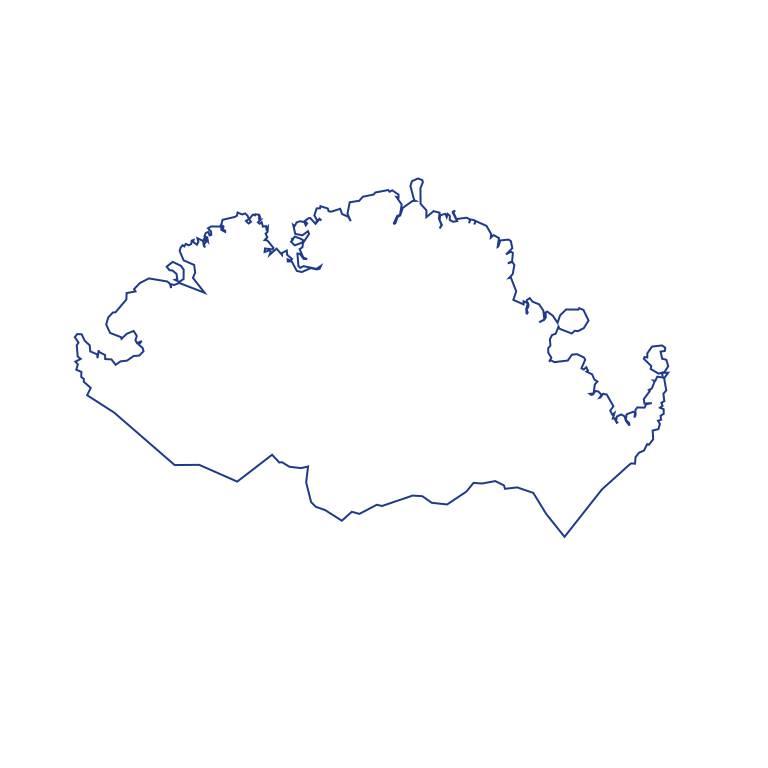 the district of Kitti, Pohnpei, Federated States of Micronesia, rotated 148°
{"feature_id": "79324940B78649033113369", "entity_name": "Kitti", "entity_type": "district", "adm_level": 2, "iso_a3": "FSM", "parent_name": "Federated States of Micronesia", "parent_adm1": "Pohnpei", "projection": "mercator", "projection_center": [158.19, 6.848], "detail": "fine", "context": "isolated", "style": "outline", "palette": "blue", "viewbox_px": 768, "rotation_deg": 148, "n_neighbors": 0, "source": "geoboundaries", "source_scale": "gbopen_adm2", "svg_char_len": 6168}
<svg xmlns="http://www.w3.org/2000/svg" viewBox="0 0 768 768"><g transform="rotate(148 384 384)"><path d="M148.0,229.0L143.4,240.4L137.0,243.0L140.6,245.1L133.6,248.4L131.7,255.0L134.7,258.0L132.3,264.9L128.3,263.2L126.3,265.8L127.7,269.3L136.8,273.7L144.4,270.5L146.7,267.0L148.7,268.8L150.3,267.7L147.8,257.7L149.9,255.5L145.6,247.2L141.2,246.1L140.9,245.5L142.8,245.3L144.0,241.6L148.4,245.4L152.1,243.0L153.6,244.1L153.2,242.7L159.2,238.3L162.6,238.6L162.2,237.2L171.7,233.5L173.5,229.4L167.0,225.9L172.4,227.9L175.6,225.9L181.6,229.9L184.7,228.7L186.8,224.7L189.4,222.8L186.4,226.4L187.4,228.4L194.3,229.7L198.0,225.4L196.8,221.2L197.8,218.6L198.4,224.5L197.1,229.1L199.0,232.5L203.8,233.0L205.4,231.1L206.8,230.4L206.5,227.7L207.1,227.7L207.0,230.9L205.3,232.0L208.3,233.4L204.0,237.2L206.6,236.9L206.3,241.5L201.2,243.6L200.7,257.0L203.3,259.6L207.5,257.9L208.4,258.1L205.3,259.5L206.2,264.1L208.5,266.0L212.3,264.4L213.5,264.7L214.2,265.2L214.7,266.6L211.2,264.9L205.5,271.9L201.7,273.0L203.2,276.3L202.4,281.9L205.7,287.2L203.9,287.3L203.6,291.0L207.0,290.4L208.2,292.7L200.5,298.0L200.4,300.6L204.5,307.0L209.1,309.3L215.7,306.5L227.8,312.2L230.3,316.1L232.2,315.3L228.1,317.7L228.1,323.5L225.8,327.3L222.5,328.4L219.6,334.0L215.5,336.5L211.8,335.6L205.6,340.2L205.9,337.9L198.1,327.4L193.8,328.0L191.5,326.0L185.0,325.5L176.9,329.4L175.6,341.1L178.3,344.9L179.7,344.1L190.1,350.7L198.3,348.9L204.4,343.9L204.6,352.3L207.1,358.8L209.1,359.1L211.4,354.8L214.2,353.5L219.7,354.1L213.8,353.8L210.0,361.8L210.2,369.3L214.4,375.1L214.9,379.6L218.5,379.4L219.1,378.7L219.0,376.2L219.7,374.1L221.5,372.5L223.6,371.8L224.2,368.5L225.4,367.9L225.7,368.3L223.7,372.1L219.3,376.2L221.8,380.2L223.5,377.6L229.7,386.8L222.8,392.5L220.0,406.9L221.8,407.6L216.6,409.0L210.4,415.8L210.5,419.5L215.1,420.7L210.3,420.2L205.2,426.9L206.4,429.1L211.8,429.2L203.2,431.2L200.7,438.0L201.9,440.5L209.3,444.1L214.0,440.2L214.5,440.0L215.0,440.0L209.2,446.8L212.1,452.2L215.9,451.5L213.6,454.5L213.3,463.8L219.9,473.6L221.8,472.1L222.9,471.5L219.9,473.7L221.4,476.0L223.6,477.6L226.7,475.3L223.7,477.9L225.9,481.3L235.2,485.5L234.2,493.0L231.7,493.4L234.5,493.6L234.9,492.8L235.6,483.4L239.4,484.9L241.3,488.2L239.1,491.7L239.8,494.4L242.4,492.3L241.6,495.7L247.0,497.4L250.0,493.5L250.6,488.2L254.4,486.4L251.0,488.4L249.8,495.1L246.1,499.8L250.3,504.3L259.6,503.1L256.0,508.8L257.5,517.4L249.3,530.8L244.1,534.5L243.5,536.7L246.3,540.3L252.8,541.2L256.6,538.0L261.0,524.0L260.1,522.5L263.0,524.1L274.8,523.4L281.0,518.3L283.9,518.5L288.9,514.5L289.9,515.1L290.3,513.6L290.5,515.0L283.9,519.5L280.8,519.0L273.9,526.8L274.3,535.9L272.9,534.4L271.3,536.9L274.4,543.9L277.3,544.0L277.7,546.3L289.9,551.0L292.5,550.2L302.7,554.0L307.9,552.5L316.8,556.3L324.8,547.7L325.9,539.7L325.6,544.6L329.5,550.3L328.3,555.8L337.5,558.1L339.4,559.9L338.7,562.6L343.7,568.5L345.2,566.9L348.0,568.6L353.7,563.9L354.0,558.5L355.8,556.9L351.2,558.4L350.4,556.0L351.8,557.9L357.2,556.1L358.6,563.8L360.1,564.6L364.8,564.2L364.1,560.9L366.3,560.0L365.8,563.6L368.9,566.5L372.5,567.3L376.1,565.3L376.7,567.0L379.7,558.3L374.4,553.3L367.5,553.9L368.0,551.0L378.0,546.5L380.8,543.1L384.1,543.1L385.4,534.1L383.0,530.6L385.9,532.8L386.3,538.9L388.3,540.5L394.1,529.3L393.5,526.9L389.8,526.6L380.2,517.4L374.9,517.6L377.5,515.9L380.2,516.7L384.7,521.1L394.4,522.5L398.0,526.1L397.3,536.9L400.7,538.9L399.7,540.8L397.8,538.4L395.7,538.8L397.7,544.8L395.7,548.7L401.1,549.2L402.1,547.6L403.4,555.7L412.5,554.2L410.0,556.2L410.4,558.1L415.3,559.2L413.1,562.0L407.2,557.2L405.6,558.0L406.8,567.4L408.9,569.3L405.3,570.2L404.7,574.3L402.1,574.7L399.3,578.6L401.5,577.7L400.4,580.5L403.3,581.6L402.0,586.0L404.5,585.8L405.2,587.9L401.7,588.6L402.9,589.1L401.3,592.0L401.0,589.7L400.2,593.6L403.0,596.0L404.7,594.9L403.8,596.1L405.6,597.1L411.0,595.2L410.9,592.0L413.8,591.9L414.7,595.4L411.2,595.4L410.5,599.1L411.4,602.3L414.4,602.9L417.3,607.0L419.6,604.6L422.2,604.8L433.9,608.8L437.8,605.1L436.6,602.7L439.1,600.0L437.4,598.3L438.1,597.2L440.2,600.8L438.0,605.2L439.6,604.4L447.1,609.2L450.7,609.3L449.8,605.1L451.5,602.0L453.2,602.4L452.3,606.2L455.3,606.4L458.1,604.2L456.2,602.1L457.8,598.2L458.4,602.7L460.0,602.3L459.8,598.7L462.6,598.0L463.5,594.7L463.5,596.8L461.7,601.3L465.0,606.5L466.1,602.9L468.8,601.3L470.6,605.7L469.1,607.1L471.1,607.5L473.3,604.9L476.1,605.1L477.8,607.9L480.4,606.5L481.2,608.4L484.1,607.5L486.8,605.1L488.4,595.0L481.9,585.6L485.1,578.6L489.8,575.2L487.8,556.4L504.1,578.2L509.4,579.1L511.8,581.5L513.8,578.2L512.4,582.3L513.5,585.8L527.4,598.1L537.4,599.0L545.7,596.9L545.7,594.2L554.1,597.5L557.7,592.2L573.7,587.1L576.0,588.3L582.6,586.6L588.1,581.6L589.2,572.4L582.2,563.1L582.7,561.4L575.6,562.9L568.2,561.7L568.2,555.7L571.6,552.9L571.8,549.5L566.7,548.8L571.1,547.5L569.6,542.4L570.6,539.2L576.6,537.8L581.4,540.4L589.6,540.0L595.4,542.8L601.4,542.5L602.1,549.3L607.2,552.9L605.2,556.4L608.8,562.4L608.0,563.9L613.3,557.7L611.5,561.0L615.8,567.3L613.1,572.8L614.9,579.4L614.0,586.3L617.7,588.9L621.4,587.6L621.1,581.0L624.0,579.7L629.2,569.6L627.9,566.0L633.9,566.5L633.2,562.9L637.4,559.2L634.2,554.6L637.0,550.5L635.9,547.3L637.4,545.0L634.8,536.1L641.7,531.8L628.0,502.8L604.5,426.2L583.6,413.4L560.2,379.0L516.4,383.3L514.4,372.9L511.9,371.7L508.1,364.0L498.9,356.6L492.1,354.3L502.1,341.9L508.4,322.5L506.9,316.0L500.7,308.2L492.2,290.4L479.0,292.7L473.7,286.9L454.1,285.4L450.3,281.6L418.8,274.2L410.9,268.5L406.5,258.0L394.3,248.4L371.1,249.1L360.5,252.7L353.5,247.6L341.1,242.7L336.0,234.5L336.9,231.0L325.8,225.7L315.1,212.5L315.3,187.7L311.9,158.7L255.1,179.1L219.5,185.4L216.4,185.7L213.4,183.4L209.4,188.7L204.1,190.6L198.8,189.8L192.7,193.5L191.6,192.1L185.0,194.5L180.8,202.2L175.2,200.3L171.2,203.9L171.1,207.7L168.0,206.8L166.3,210.5L162.6,210.5L160.2,214.4L162.5,217.6L159.3,217.9L158.8,221.0L155.4,220.9L152.2,227.7L148.0,229.0ZM506.0,583.1L503.5,579.1L498.4,579.2L493.3,587.1L493.5,591.7L498.4,599.5L506.1,598.7L505.6,594.1L503.3,592.5L501.6,587.3L503.8,582.4L506.0,583.1ZM378.5,547.3L376.3,548.7L377.9,551.6L381.5,556.3L384.5,555.2L385.5,556.6L385.0,554.6L387.4,554.0L386.3,548.9L378.5,547.3Z" fill="none" stroke="#1e3a8a" stroke-width="2"/></g></svg>